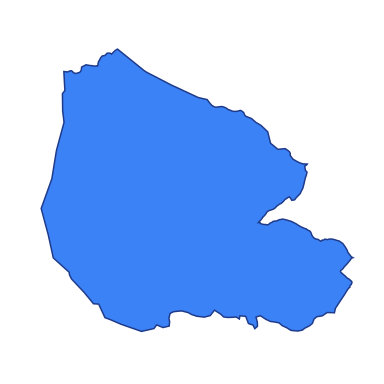 Asunción Cacalotepec, Oaxaca, Mexico (orthographic projection), rotated 353°
{"feature_id": "50627088B57748910151999", "entity_name": "Asunción Cacalotepec", "entity_type": "district", "adm_level": 2, "iso_a3": "MEX", "parent_name": "Mexico", "parent_adm1": "Oaxaca", "projection": "orthographic", "projection_center": [-95.904, 17.039], "detail": "fine", "context": "isolated", "style": "filled", "palette": "blue", "viewbox_px": 384, "rotation_deg": 353, "n_neighbors": 0, "source": "geoboundaries", "source_scale": "gbopen_adm2", "svg_char_len": 3858}
<svg xmlns="http://www.w3.org/2000/svg" viewBox="0 0 384 384"><g transform="rotate(353 192 192)"><path d="M124.9,324.2L137.6,322.9L140.7,319.6L146.7,323.0L153.0,322.3L154.0,318.0L153.7,314.6L155.4,309.9L157.6,309.1L158.8,308.6L163.7,308.6L167.3,308.8L168.1,309.1L173.5,311.2L176.6,313.5L181.6,315.9L189.0,317.7L195.0,316.9L200.0,312.0L202.5,314.2L205.8,316.9L208.1,319.8L212.1,320.9L216.9,321.3L220.6,321.4L223.5,323.8L224.5,320.7L230.2,322.0L232.0,329.4L236.4,331.6L237.7,335.3L240.6,333.3L241.0,329.2L240.3,323.9L244.8,323.1L249.7,327.3L254.2,330.1L257.5,330.9L262.5,332.5L265.2,335.6L269.7,338.4L273.3,341.4L279.9,342.9L284.7,342.5L287.4,340.9L292.4,339.1L295.5,337.1L297.6,333.0L300.7,331.0L306.2,330.8L311.4,328.1L317.4,329.0L318.6,329.3L320.2,324.9L325.6,318.5L330.2,313.2L333.4,309.2L335.7,306.6L337.1,305.8L337.2,304.9L337.5,304.2L338.0,303.8L338.7,303.3L339.1,302.7L339.7,301.4L339.8,300.9L339.5,300.1L338.5,299.0L337.8,298.2L336.8,297.2L335.4,296.2L334.4,294.8L333.5,293.7L332.0,292.2L331.1,291.0L330.3,290.4L330.0,289.9L329.7,289.1L329.8,288.5L330.2,288.0L330.5,287.7L331.7,287.1L332.9,286.1L333.7,285.1L334.6,284.4L335.2,283.8L336.0,283.2L337.4,282.0L338.1,281.3L338.8,280.7L339.5,279.9L340.6,279.1L341.0,278.5L341.8,277.6L342.5,277.1L342.9,276.9L343.7,276.8L342.2,275.7L341.4,274.3L340.6,273.0L340.0,271.9L339.2,270.5L339.0,268.9L338.1,266.8L337.2,264.8L336.7,263.9L335.3,261.4L333.9,260.2L332.9,259.3L332.2,258.6L330.4,257.9L328.4,257.0L326.7,256.3L325.7,255.9L322.6,255.4L320.4,255.8L319.3,255.3L318.0,255.0L316.7,255.8L315.3,255.6L314.5,256.2L313.7,256.5L311.2,254.3L309.1,253.7L307.9,252.9L306.6,251.3L305.7,249.6L305.4,247.7L304.8,246.1L304.0,244.9L302.6,244.2L301.0,242.6L299.4,241.9L297.5,240.8L296.0,239.9L294.2,238.5L293.1,237.7L292.0,236.7L291.2,236.1L288.4,234.2L286.7,233.1L285.1,232.5L283.7,231.8L281.3,230.8L278.6,229.9L276.9,230.1L275.3,230.1L272.3,231.1L270.4,230.9L268.8,231.1L267.7,231.8L265.7,232.4L264.1,233.5L263.1,233.9L261.1,233.2L259.7,233.1L257.9,232.5L256.7,232.0L255.7,231.0L255.7,230.5L254.2,230.5L255.5,229.2L256.6,228.4L258.0,227.1L259.6,225.3L261.1,224.2L262.5,222.9L263.3,221.7L264.2,220.9L265.6,220.0L267.9,219.5L269.7,219.2L271.7,218.5L272.6,217.9L274.3,216.5L275.5,215.8L277.5,214.6L278.7,214.4L280.6,213.2L282.3,211.8L283.5,210.6L284.9,210.1L286.1,209.4L286.9,209.0L287.5,208.9L288.1,208.7L288.6,209.5L289.6,211.4L290.0,212.4L292.9,212.3L294.4,210.7L297.2,208.4L299.2,206.8L300.9,204.0L302.5,201.7L303.4,199.4L304.4,196.9L305.3,194.2L306.6,191.0L307.4,189.6L308.6,186.2L307.3,184.5L307.1,183.0L307.1,180.0L309.1,179.1L309.8,178.3L305.6,177.6L302.9,176.4L300.0,174.6L296.1,171.6L293.9,167.6L294.1,166.6L294.2,165.6L293.8,164.3L293.2,163.5L292.4,162.6L291.1,161.5L289.8,160.3L282.4,160.1L275.9,153.2L274.5,141.5L268.6,134.3L263.9,130.7L260.1,126.4L254.5,123.3L253.8,122.2L253.3,121.1L253.1,119.6L252.2,118.6L251.4,117.9L250.4,117.0L249.0,117.0L247.9,117.2L246.4,117.4L245.3,117.3L244.5,117.2L243.1,117.1L241.6,116.5L240.1,115.6L238.0,114.6L236.2,112.9L234.1,111.6L232.0,110.8L229.5,110.7L226.4,110.8L224.7,110.3L222.5,108.7L220.9,106.6L218.3,102.1L209.9,99.1L203.6,95.2L184.5,83.3L161.7,67.7L161.3,67.4L159.2,65.6L135.5,41.1L134.7,41.4L133.0,42.2L130.9,43.8L129.0,45.3L128.0,44.4L126.6,44.0L124.7,43.9L122.2,45.8L121.6,46.0L119.6,46.0L117.6,47.7L116.4,49.7L115.3,50.9L114.4,52.9L114.3,54.0L113.6,55.4L112.5,55.1L111.6,55.3L108.8,54.7L107.7,54.3L106.0,54.0L104.9,53.6L103.4,53.2L102.4,52.8L98.8,54.1L97.6,54.6L97.4,55.8L96.9,57.4L96.3,58.5L95.0,59.6L91.3,60.2L89.2,59.4L87.8,57.5L86.7,56.8L84.6,57.2L82.9,57.7L80.9,57.1L79.5,56.8L78.7,68.0L78.2,75.8L75.4,78.6L73.5,95.7L73.5,107.2L62.6,134.0L54.5,161.8L40.3,190.0L44.1,217.0L46.3,240.5L60.3,256.7L60.3,259.3L61.8,263.6L72.7,278.5L80.6,290.9L85.7,291.9L90.3,306.1L95.5,308.8L105.6,314.7L124.9,324.2Z" fill="#3b82f6" stroke="#1e3a8a" stroke-width="1.5"/></g></svg>